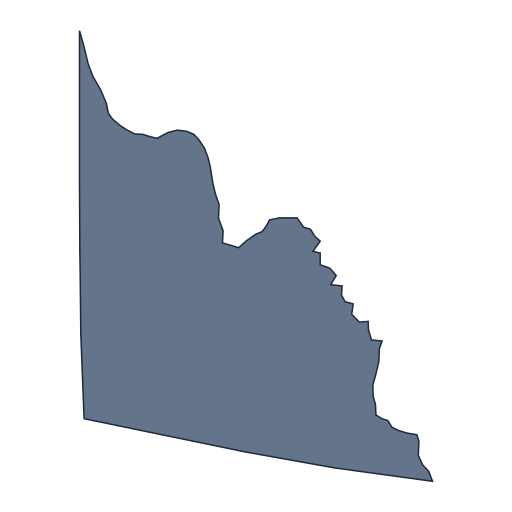 Sulina, Paraná, Brazil
{"feature_id": "56859067B24150266218253", "entity_name": "Sulina", "entity_type": "district", "adm_level": 2, "iso_a3": "BRA", "parent_name": "Brazil", "parent_adm1": "Paraná", "projection": "mercator", "projection_center": [-52.696, -25.669], "detail": "fine", "context": "isolated", "style": "filled", "palette": "slate", "viewbox_px": 512, "rotation_deg": 0, "n_neighbors": 0, "source": "geoboundaries", "source_scale": "gbopen_adm2", "svg_char_len": 1113}
<svg xmlns="http://www.w3.org/2000/svg" viewBox="0 0 512 512"><path d="M335.1,468.0L432.5,481.3L428.9,471.6L422.5,464.7L418.3,455.3L418.9,441.3L416.8,434.7L407.2,433.1L398.5,430.5L391.9,427.2L387.9,420.6L381.9,418.7L375.9,414.9L375.5,404.7L373.2,396.2L372.8,385.1L375.5,375.7L378.9,361.4L379.4,348.5L382.1,341.0L371.5,340.0L368.5,329.9L368.2,321.4L359.4,322.1L351.7,314.3L353.2,303.9L345.1,301.7L341.5,295.1L342.1,285.9L330.8,284.7L336.2,275.5L329.8,268.2L320.2,264.8L320.2,253.0L312.9,251.4L320.2,241.1L315.1,236.7L310.4,229.2L303.5,227.1L297.1,217.9L278.9,217.9L269.5,220.0L266.1,226.4L262.1,231.6L255.5,234.4L246.4,240.8L238.7,247.7L222.5,242.9L223.1,230.8L218.5,218.1L219.1,204.5L215.5,194.2L212.9,183.4L210.1,166.0L207.8,156.8L204.4,148.0L198.7,139.5L193.8,134.3L186.8,131.3L177.4,130.1L168.2,132.4L157.1,138.3L151.0,136.9L142.5,134.3L134.4,133.9L126.1,129.4L119.9,125.4L112.2,118.7L108.4,113.3L106.3,103.2L100.5,89.5L92.8,76.2L88.0,63.3L84.1,47.0L79.5,30.7L79.5,182.3L79.7,223.3L79.8,250.0L80.1,267.4L80.8,334.0L84.1,418.7L245.5,452.0L335.1,468.0Z" fill="#64748b" stroke="#1e293b" stroke-width="1.5"/></svg>